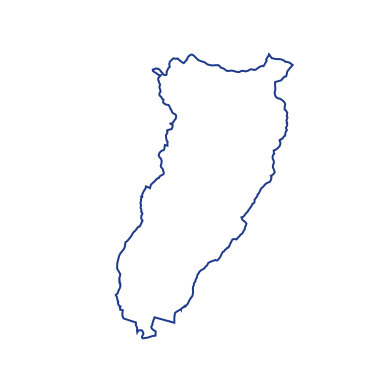 Laslea, Sibiu, Romania (Mercator projection), rotated 197°
{"feature_id": "2599482B51594900445884", "entity_name": "Laslea", "entity_type": "district", "adm_level": 2, "iso_a3": "ROU", "parent_name": "Romania", "parent_adm1": "Sibiu", "projection": "mercator", "projection_center": [24.643, 46.143], "detail": "fine", "context": "isolated", "style": "outline", "palette": "blue", "viewbox_px": 384, "rotation_deg": 197, "n_neighbors": 0, "source": "geoboundaries", "source_scale": "gbopen_adm2", "svg_char_len": 6041}
<svg xmlns="http://www.w3.org/2000/svg" viewBox="0 0 384 384"><g transform="rotate(197 192 192)"><path d="M189.3,319.8L193.4,318.1L194.5,318.1L197.8,319.3L200.8,319.4L202.1,320.3L204.1,321.0L210.2,318.8L214.3,318.5L218.1,319.8L220.9,319.7L224.6,320.0L229.7,322.7L231.2,323.3L232.7,323.3L233.2,323.0L234.9,320.9L235.6,318.7L235.4,317.2L236.1,316.3L236.5,315.5L236.5,314.8L237.6,312.8L239.7,313.3L243.2,314.6L244.7,315.5L245.1,315.5L245.4,315.0L246.2,314.7L248.8,314.4L249.3,314.0L249.4,313.4L250.7,311.3L251.3,309.9L251.1,307.6L250.5,306.2L249.9,305.4L249.9,305.0L250.7,303.7L250.9,302.9L251.2,300.9L251.4,299.4L251.1,298.8L250.7,296.8L251.0,296.3L252.0,295.9L253.5,295.8L255.6,297.5L256.4,297.8L257.8,298.9L260.3,300.0L261.3,299.7L262.7,299.6L264.2,298.2L265.3,297.6L264.9,296.4L262.7,295.5L261.8,295.5L258.0,294.1L257.3,294.2L256.9,293.8L256.1,294.4L256.4,293.4L257.5,291.3L257.3,289.9L257.1,289.2L256.3,288.5L255.4,287.0L253.8,285.2L254.0,283.8L253.5,282.1L252.1,280.2L251.4,278.9L251.9,277.3L251.9,276.3L251.8,275.8L251.3,275.0L250.3,274.3L249.3,274.0L248.2,272.7L246.2,271.9L246.1,269.8L245.0,268.6L242.2,267.9L240.3,268.4L239.3,268.0L237.4,266.0L236.8,265.0L235.8,264.5L235.0,263.3L233.4,261.8L231.6,261.6L230.0,261.0L229.3,259.7L229.1,259.1L229.1,256.8L229.6,256.0L230.2,253.7L230.7,252.9L230.7,252.1L232.6,251.1L232.3,250.8L230.2,250.6L229.6,248.8L229.8,247.7L229.8,246.3L233.7,243.9L233.6,242.6L233.0,242.3L233.0,240.6L233.4,239.1L233.4,238.4L232.5,236.0L231.4,234.1L230.9,233.4L230.0,232.9L229.8,231.5L229.0,229.1L231.7,229.0L231.1,225.5L231.1,224.2L231.7,223.4L232.9,222.8L234.0,221.1L234.5,219.8L234.6,217.3L232.8,215.4L231.6,214.9L230.3,213.3L229.9,212.3L229.9,211.6L229.6,210.7L229.5,209.7L229.6,208.5L229.4,207.5L228.5,206.5L227.4,205.9L226.4,205.1L225.9,204.1L224.6,202.3L224.4,201.1L224.9,200.2L227.3,197.8L227.7,195.8L228.4,195.7L229.5,193.9L230.2,193.3L230.3,192.3L230.7,191.6L233.0,187.8L233.4,186.7L233.4,185.8L233.3,183.4L236.0,183.8L237.7,183.9L237.5,181.4L238.2,179.5L238.9,175.7L238.7,174.3L238.4,173.5L239.0,173.0L238.3,172.8L238.1,172.4L238.7,171.5L238.8,170.5L238.0,167.8L238.1,166.3L237.0,164.7L236.8,164.0L236.6,162.0L236.3,161.5L235.3,160.4L234.8,158.3L233.8,157.7L233.1,156.8L233.1,156.3L233.5,155.1L233.5,154.4L233.2,153.4L233.1,152.4L232.4,151.4L230.9,150.1L230.8,149.7L231.3,149.1L231.4,148.6L231.2,147.1L231.7,145.9L231.6,145.2L231.8,143.8L232.1,143.5L233.2,143.1L235.1,138.1L236.4,136.0L237.0,132.9L238.1,129.7L239.7,125.9L240.9,124.5L240.9,123.4L240.5,122.5L240.5,121.3L240.2,120.4L240.4,117.8L242.6,112.2L243.0,109.7L242.7,102.6L241.8,98.9L241.2,96.9L236.6,92.5L236.3,90.7L236.3,88.0L235.8,87.5L235.8,86.4L235.1,85.8L235.1,84.9L234.9,84.7L235.1,84.5L234.6,83.7L233.9,83.7L233.5,82.4L233.4,81.7L233.0,81.5L232.9,79.1L233.4,76.4L233.3,76.2L233.6,75.0L233.4,73.8L234.1,72.3L234.8,71.3L232.9,69.3L232.5,68.3L231.7,67.3L231.4,66.3L230.4,65.5L230.4,64.1L229.3,62.8L229.1,62.3L226.9,61.6L227.3,60.3L226.4,59.4L226.3,58.5L223.6,58.7L223.2,56.1L222.4,53.4L221.0,51.5L220.4,51.1L218.7,51.0L207.5,50.8L206.8,48.3L204.6,45.9L204.1,43.5L203.3,41.8L203.0,43.3L202.5,44.1L199.9,45.0L199.0,44.8L198.5,44.1L197.5,43.2L197.0,42.1L197.0,41.6L197.5,39.2L197.4,38.4L196.9,37.9L196.4,37.7L195.5,37.9L193.8,38.9L192.2,39.5L187.8,42.6L184.9,44.0L186.0,48.1L188.8,48.8L189.8,49.3L190.9,50.1L191.5,51.0L191.1,53.7L191.4,54.3L191.4,55.7L191.2,61.2L170.7,61.8L171.1,63.3L172.3,67.1L172.4,68.8L172.9,70.6L172.8,71.5L171.8,72.9L168.3,76.7L168.1,76.5L168.2,77.0L167.7,77.9L167.1,78.5L166.6,79.3L166.6,78.9L166.5,79.4L166.1,79.9L165.5,80.2L165.5,80.5L165.0,80.4L164.6,81.4L164.4,81.5L163.8,83.1L163.6,83.2L163.1,85.1L163.1,86.4L162.4,89.3L161.2,92.9L161.7,96.7L162.6,98.9L163.3,101.4L163.0,103.5L163.4,105.1L162.6,107.5L162.8,108.1L162.8,109.7L162.3,111.9L162.6,114.3L162.5,114.8L161.9,115.9L161.9,116.5L161.4,118.4L160.9,119.0L160.3,120.1L158.4,121.8L157.7,123.2L157.4,124.2L156.2,126.2L155.7,128.9L154.4,130.3L150.4,133.4L149.7,133.8L149.0,133.6L148.2,133.8L147.5,134.4L147.4,134.9L146.8,135.6L146.0,138.2L145.4,142.2L145.0,143.7L144.1,144.5L143.6,146.2L142.4,147.8L142.0,148.9L140.9,149.6L140.8,150.9L140.4,151.6L140.4,153.1L139.5,158.3L138.2,159.3L135.5,159.7L134.9,161.4L133.7,163.6L133.1,165.4L131.9,166.7L131.5,168.0L131.3,169.8L130.7,171.8L131.0,173.8L130.7,175.3L130.7,177.7L132.4,178.9L135.4,180.0L137.3,182.2L135.8,183.3L135.0,184.8L134.3,187.1L133.0,189.5L132.7,191.1L132.1,192.4L131.7,194.0L130.9,196.3L130.8,198.1L129.3,199.9L129.4,201.3L129.9,203.0L129.4,204.4L128.8,205.7L128.4,207.8L128.5,209.1L127.7,210.2L126.9,215.6L125.4,218.0L124.2,220.9L122.9,222.5L120.5,224.5L120.0,227.5L120.2,228.5L120.5,228.9L120.5,229.9L121.3,230.4L119.4,232.8L118.7,234.9L119.0,235.7L122.0,239.5L122.4,241.6L122.2,243.2L122.3,244.3L123.2,246.0L124.4,247.3L125.0,248.4L125.3,250.3L125.1,251.7L124.6,252.8L125.1,253.1L125.5,254.5L126.0,255.3L125.6,256.0L124.6,256.6L123.0,258.7L122.0,260.7L121.5,262.2L121.7,264.8L122.6,265.7L123.4,267.2L122.9,267.8L122.2,268.1L122.0,269.1L121.0,269.6L120.4,272.1L119.5,272.9L119.5,273.2L119.5,273.9L119.9,275.0L119.9,276.9L119.8,277.5L119.3,278.9L120.7,280.4L120.9,280.9L120.8,281.8L120.4,283.5L120.9,284.8L121.5,285.4L121.3,286.2L122.0,286.9L122.6,288.3L122.5,291.1L122.8,291.7L123.7,292.3L123.6,293.2L124.2,295.8L126.3,297.6L127.4,297.9L127.7,298.5L128.3,300.5L128.4,302.8L129.6,304.6L130.6,305.3L133.0,306.4L135.0,306.9L137.4,306.7L139.0,307.2L140.0,307.9L140.8,308.9L142.1,311.3L142.2,313.9L142.4,314.8L144.4,320.2L144.6,321.5L139.7,324.6L139.1,325.6L137.5,329.2L135.8,330.0L135.8,332.1L136.1,334.0L135.9,335.9L132.9,342.9L136.5,344.2L139.0,344.2L141.0,343.8L142.0,344.5L144.6,344.9L147.2,344.7L148.6,344.2L152.5,343.4L154.0,343.5L154.8,343.3L157.4,345.2L158.4,346.2L158.7,346.3L158.7,344.2L159.2,343.0L159.8,340.0L159.0,339.3L160.3,333.5L160.4,333.3L161.2,333.3L163.4,332.0L164.7,330.5L166.9,327.5L168.7,326.8L170.2,326.9L172.1,326.4L173.3,324.9L174.9,323.6L175.8,323.1L179.1,322.7L180.9,321.7L181.4,320.9L182.2,320.4L183.9,320.0L189.3,319.8Z" fill="none" stroke="#1e3a8a" stroke-width="2"/></g></svg>